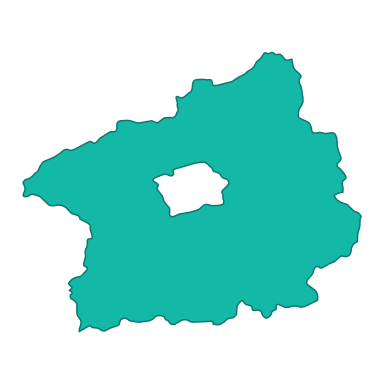 the border of Středočeský
{"feature_id": "CZE-1596", "entity_name": "Středočeský", "entity_type": "Region", "adm_level": 1, "iso_a3": "CZE", "parent_name": "Czechia", "parent_adm1": "", "projection": "mercator", "projection_center": [14.499, 50.046], "detail": "fine", "context": "isolated", "style": "filled", "palette": "teal", "viewbox_px": 384, "rotation_deg": 0, "n_neighbors": 0, "source": "natural_earth", "source_scale": "10m", "svg_char_len": 5945}
<svg xmlns="http://www.w3.org/2000/svg" viewBox="0 0 384 384"><path d="M357.6,235.5L357.5,240.2L357.3,241.5L356.7,242.2L354.5,243.1L352.7,245.3L351.6,247.7L350.7,252.8L350.3,253.8L349.7,254.7L348.8,255.6L347.4,256.3L345.3,256.6L341.2,256.0L340.2,256.6L334.4,261.7L328.9,263.9L322.3,267.8L320.9,268.0L320.1,267.8L318.1,266.5L317.2,266.4L315.9,266.8L314.5,268.2L314.0,269.1L312.8,273.3L311.5,275.2L307.8,279.4L307.0,280.8L306.6,282.6L306.8,283.6L307.6,284.7L314.8,290.1L315.8,291.1L316.6,292.5L317.4,294.7L317.8,297.4L317.4,300.4L304.8,306.5L300.2,307.2L297.6,306.1L292.9,306.0L289.1,307.1L286.9,307.4L285.1,307.3L278.8,304.5L276.7,304.6L276.0,305.5L275.9,306.2L276.4,308.2L276.2,308.9L275.8,309.5L272.7,311.1L272.2,311.6L271.7,312.5L271.0,314.5L270.3,315.7L268.4,317.4L266.1,318.1L264.6,317.4L263.0,315.8L262.4,314.8L261.0,311.3L259.9,310.6L258.0,309.9L254.9,310.5L253.2,310.3L252.4,309.8L252.2,307.5L251.7,306.6L250.8,305.8L246.0,304.4L245.2,303.9L242.6,300.8L242.0,300.7L241.3,301.0L239.3,302.7L238.1,304.3L237.1,306.3L236.9,307.8L236.5,314.3L235.4,315.8L233.2,317.6L228.0,318.7L226.9,319.2L224.5,321.7L220.7,324.1L218.9,324.6L217.2,324.8L213.4,324.2L213.1,323.9L213.0,323.3L213.2,321.9L211.3,321.3L193.4,322.1L190.4,321.7L187.7,320.2L185.6,319.6L182.2,320.0L174.7,324.3L171.8,324.4L170.6,323.8L169.9,323.2L168.1,320.7L167.5,320.3L165.7,319.7L165.0,318.7L164.4,317.1L163.9,316.5L161.1,315.6L158.5,315.5L155.9,316.2L152.3,319.5L149.1,320.8L139.7,322.1L135.4,321.9L133.4,321.2L130.4,321.0L129.4,320.6L127.4,319.1L125.8,318.2L124.6,318.0L123.4,318.3L121.6,319.2L120.6,320.1L119.8,321.8L119.0,324.6L118.0,325.5L110.3,328.0L105.3,330.8L103.6,330.9L102.3,330.8L98.5,328.4L96.5,327.9L93.1,327.7L92.2,327.4L90.3,326.1L89.6,325.9L88.7,326.1L79.3,331.5L79.3,329.3L80.5,325.6L81.0,323.2L81.0,321.7L80.6,320.0L78.0,316.4L77.4,315.3L77.0,313.8L76.8,311.2L77.0,305.1L76.7,303.7L76.0,302.5L74.6,300.8L71.2,298.8L70.6,297.9L70.2,296.0L70.3,295.1L71.7,293.7L72.0,293.0L71.9,292.4L71.5,291.8L69.4,290.5L69.4,290.2L71.7,288.6L71.9,287.9L71.7,287.0L69.3,284.8L68.6,283.7L69.0,282.6L69.9,281.4L71.8,279.5L73.6,278.4L75.7,277.5L80.4,276.4L81.6,275.7L86.8,270.1L87.4,269.0L87.3,268.2L86.9,267.4L83.8,265.7L83.6,265.1L83.7,263.6L85.5,256.8L85.6,255.6L85.1,253.0L85.0,251.5L87.2,245.7L87.4,243.6L87.3,240.4L88.0,239.2L90.9,238.6L92.0,238.1L92.2,237.6L92.2,237.0L92.1,235.7L90.2,229.1L90.3,227.0L90.5,226.1L89.8,224.9L88.4,223.4L80.0,219.1L79.5,217.0L78.8,216.1L77.8,215.4L72.4,213.8L71.5,213.3L70.4,212.3L66.2,207.7L63.1,205.9L60.0,205.1L58.4,205.0L52.7,205.8L49.8,205.4L48.4,204.5L40.6,197.0L37.8,195.6L35.2,195.0L33.0,194.2L31.3,194.4L28.0,196.2L26.3,196.7L24.6,196.6L23.8,196.3L23.2,195.5L23.2,194.4L25.0,190.1L25.0,188.7L25.0,187.6L23.0,182.6L24.7,180.2L26.7,179.2L29.2,178.5L30.8,177.7L35.0,173.5L36.8,172.2L38.4,170.3L39.9,166.6L42.1,163.2L43.0,162.1L44.8,161.1L54.3,157.1L61.1,152.6L62.6,151.1L64.4,149.9L65.7,149.4L67.5,149.5L70.2,150.4L71.0,150.4L73.8,149.7L89.1,141.7L90.5,141.5L94.1,143.3L95.2,143.2L97.0,141.7L99.9,138.3L109.4,132.3L110.9,131.7L114.5,131.7L115.7,131.2L116.7,129.7L117.0,128.8L116.9,125.3L117.0,123.9L117.4,122.8L118.1,121.7L119.3,121.1L121.3,120.7L128.0,120.4L131.9,121.2L135.7,122.6L138.9,123.0L151.6,120.8L156.9,122.8L158.9,122.0L163.7,118.2L164.9,117.9L169.5,117.5L172.3,117.7L173.6,117.4L174.8,116.7L176.1,114.8L177.0,112.5L178.0,110.7L178.2,110.1L178.2,109.2L177.2,105.7L177.4,103.2L177.3,102.2L176.1,98.0L176.2,97.0L176.8,96.5L178.1,96.8L180.2,97.7L181.9,98.0L184.3,96.8L189.0,92.9L191.3,91.4L192.3,88.3L192.5,84.7L192.9,82.7L194.0,80.8L195.1,80.1L196.9,79.6L204.0,79.4L207.1,79.9L209.5,79.7L210.7,79.9L211.4,80.2L211.7,80.9L212.0,81.6L212.3,83.8L212.9,85.1L213.3,85.4L214.7,85.6L217.5,85.3L232.0,81.6L238.5,77.2L244.4,74.4L247.7,71.4L251.6,69.1L252.9,67.9L254.1,66.5L256.4,62.1L257.5,61.0L260.8,58.2L264.2,53.2L264.9,52.8L265.9,52.9L267.4,53.6L268.8,53.6L271.8,52.5L272.9,52.6L274.4,53.9L275.8,54.6L279.6,54.3L280.4,54.5L281.3,55.1L285.3,59.7L286.5,60.1L287.6,60.4L291.8,59.2L293.2,66.7L294.9,69.8L300.6,75.0L300.9,75.9L300.9,76.9L299.7,78.7L299.2,80.0L299.1,82.0L299.5,83.5L300.6,85.5L301.4,87.8L302.9,98.0L303.0,100.4L302.8,102.5L302.2,103.9L300.9,106.5L299.5,108.4L298.5,111.6L298.3,115.3L298.5,117.0L298.9,117.9L307.3,121.7L309.3,123.3L310.6,125.6L311.2,127.5L311.7,130.4L312.2,131.8L313.1,132.7L315.2,133.2L319.3,132.4L320.8,132.6L325.2,133.6L331.7,132.8L332.9,132.8L334.0,133.3L335.3,134.5L336.0,136.0L336.5,137.4L337.1,141.7L337.1,145.1L337.5,147.2L338.2,149.9L340.7,157.0L341.0,158.4L340.5,160.1L339.8,161.1L337.2,163.8L337.0,164.6L336.9,165.9L337.8,167.2L340.3,169.0L343.1,172.1L345.2,175.3L345.9,176.9L346.0,177.9L345.5,178.6L342.8,181.2L342.5,181.9L342.3,182.7L342.3,184.1L343.1,189.0L342.7,192.5L341.3,192.4L338.0,193.3L335.1,194.7L334.3,195.9L336.1,198.9L337.3,200.1L341.1,202.5L346.5,204.3L347.7,205.0L353.5,210.7L354.8,211.6L356.9,212.2L358.1,212.8L359.2,213.8L360.7,215.6L361.0,216.8L360.0,219.7L359.8,225.8L359.6,227.1L357.8,233.5L357.6,235.5ZM213.3,205.7L219.1,205.4L222.7,204.5L223.7,202.7L223.9,201.5L223.8,200.9L222.8,197.8L223.0,195.6L222.9,194.8L221.8,192.1L221.8,191.7L222.5,190.5L227.0,186.0L228.3,184.3L228.7,183.3L228.8,182.5L228.5,181.3L227.9,180.1L226.9,179.3L223.6,178.2L222.5,177.6L221.3,176.3L219.7,173.7L219.1,173.2L213.5,171.2L212.8,170.2L212.3,168.6L211.6,167.6L209.6,166.2L207.0,163.5L206.2,162.9L203.4,162.1L195.5,163.0L174.3,169.2L173.7,169.7L173.3,170.4L173.2,171.2L173.6,173.8L173.4,174.5L172.8,175.2L171.9,175.7L170.9,175.9L170.1,175.8L166.1,174.2L164.2,174.2L156.6,177.0L153.6,178.7L153.0,179.5L152.9,180.3L153.7,181.3L156.6,183.1L158.0,184.4L158.2,184.9L158.2,185.5L157.1,188.3L157.3,189.6L162.2,196.0L162.9,197.6L163.8,200.6L164.5,202.1L169.2,207.8L169.8,209.6L169.5,213.8L169.7,215.3L170.6,216.2L172.9,216.8L179.6,214.0L191.2,212.0L198.4,209.7L199.4,209.1L201.7,206.9L204.3,204.9L205.9,204.5L207.4,204.4L210.5,205.4L213.3,205.7Z" fill="#14b8a6" stroke="#0f766e" stroke-width="1.5"/></svg>